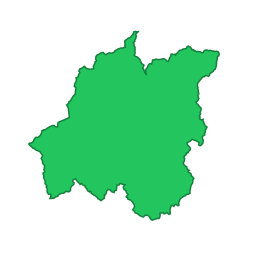 the district of Castrovirreyna, Huancavelica, Peru, rotated 172°
{"feature_id": "86281439B87306376910485", "entity_name": "Castrovirreyna", "entity_type": "district", "adm_level": 2, "iso_a3": "PER", "parent_name": "Peru", "parent_adm1": "Huancavelica", "projection": "orthographic", "projection_center": [-75.406, -13.15], "detail": "fine", "context": "isolated", "style": "filled", "palette": "green", "viewbox_px": 256, "rotation_deg": 172, "n_neighbors": 0, "source": "geoboundaries", "source_scale": "gbopen_adm2", "svg_char_len": 5772}
<svg xmlns="http://www.w3.org/2000/svg" viewBox="0 0 256 256"><g transform="rotate(172 128 128)"><path d="M228.5,125.9L227.0,123.7L226.5,123.5L225.3,121.5L224.2,121.0L222.0,118.9L218.6,116.9L216.4,112.7L216.9,111.4L217.5,111.1L218.2,109.9L217.2,107.3L217.6,105.6L217.1,104.2L216.1,103.0L215.9,102.3L216.0,101.5L216.4,100.7L216.2,99.8L217.1,98.8L216.5,96.2L218.4,95.2L218.6,94.3L217.9,92.4L218.5,90.6L217.3,87.2L217.7,86.0L217.8,84.3L216.4,82.0L217.2,80.8L216.7,79.8L216.5,78.6L216.9,77.1L216.8,75.1L215.8,73.4L213.8,73.0L213.6,72.6L214.0,70.9L215.1,69.0L213.8,68.9L212.5,69.1L211.8,68.7L211.3,68.7L209.2,69.9L207.1,70.1L206.4,71.2L205.2,71.9L203.3,72.5L200.6,72.4L198.2,73.9L196.8,73.6L196.3,73.1L194.6,73.2L193.5,74.4L193.4,76.0L192.9,77.1L191.6,78.5L190.1,79.3L189.2,80.2L189.1,81.4L190.2,82.5L190.0,83.7L189.7,84.1L187.2,85.1L186.0,82.8L183.5,79.4L183.3,78.7L181.6,79.6L180.7,77.9L179.3,77.0L178.7,76.9L178.5,75.2L177.2,73.4L176.8,71.7L176.3,71.0L174.9,70.0L174.3,70.7L173.9,70.7L173.4,69.7L173.6,68.7L173.4,68.4L170.8,66.0L169.8,65.5L168.9,64.3L168.3,63.9L167.6,62.0L166.4,61.5L165.6,60.4L164.6,59.8L163.2,60.9L161.4,61.5L161.1,63.0L160.5,64.2L160.7,65.1L159.7,65.1L158.7,66.4L157.9,68.6L157.0,69.4L155.6,69.7L154.2,69.0L153.7,68.6L153.3,67.3L150.8,66.0L150.1,67.8L148.5,67.8L148.1,68.1L147.0,72.9L144.9,72.8L143.9,73.7L143.8,74.1L143.3,74.2L142.2,73.5L138.9,72.2L140.6,70.4L141.0,69.6L140.9,69.1L140.4,67.5L139.0,66.7L138.4,64.0L137.2,62.1L139.4,60.1L139.4,59.9L138.1,59.0L138.2,58.1L137.9,57.5L135.1,56.0L133.1,52.6L132.4,50.6L132.6,48.7L134.8,46.3L133.6,45.3L132.6,42.9L130.1,41.6L129.6,40.7L128.1,39.3L125.8,37.9L125.0,37.8L123.4,39.1L121.3,39.1L119.5,37.7L117.9,34.1L116.8,33.4L112.6,34.1L111.1,34.5L110.3,34.1L109.6,34.3L109.0,35.1L108.3,37.0L108.3,39.1L105.2,39.2L104.5,38.8L104.2,37.9L101.4,38.7L100.9,38.5L99.8,37.0L98.4,36.9L97.9,38.3L97.8,41.4L95.8,45.3L95.0,45.3L93.5,44.0L92.5,45.3L91.7,45.7L90.7,45.4L89.5,44.1L88.5,44.3L88.2,44.6L88.3,45.2L88.1,47.3L87.3,48.2L87.0,49.3L86.0,50.7L82.0,52.8L80.5,53.0L79.9,53.7L78.8,54.2L77.6,54.0L75.6,54.8L75.8,55.4L75.5,56.7L73.5,62.5L71.8,64.4L71.3,65.8L71.2,67.3L70.1,68.4L69.8,69.0L70.4,69.6L70.7,70.5L72.0,72.0L71.9,73.8L72.8,74.8L74.2,75.5L74.4,76.2L74.3,76.6L73.2,77.5L74.2,77.9L74.8,78.8L75.4,80.2L75.2,81.4L76.6,82.3L77.7,84.0L78.1,85.2L77.9,86.1L77.1,87.0L76.2,89.5L76.7,91.0L76.3,91.9L75.9,92.5L74.1,93.5L73.6,95.1L71.8,95.2L71.6,96.1L69.2,97.9L69.1,99.0L69.5,100.3L71.7,103.5L71.8,104.6L69.7,106.0L68.9,105.9L65.9,107.9L64.1,106.6L62.9,106.3L59.8,103.9L59.7,103.3L60.3,101.6L60.1,101.0L58.8,100.4L57.6,101.1L56.0,102.5L55.3,104.9L55.3,105.7L55.7,107.0L55.5,109.0L55.0,109.5L52.9,110.5L53.0,112.2L51.9,113.4L51.7,115.0L49.7,117.8L49.8,118.4L50.8,118.8L51.3,119.4L52.3,123.5L52.7,124.3L52.7,125.2L52.4,126.1L54.4,125.9L55.8,127.1L55.1,129.0L55.6,130.0L54.2,131.9L54.2,132.5L54.6,133.2L53.4,135.2L52.8,137.4L54.7,140.0L55.4,141.6L56.3,142.3L57.0,144.1L56.9,144.4L56.1,144.6L55.1,145.3L53.7,147.3L54.2,149.0L54.2,150.9L53.0,152.2L53.3,153.6L53.2,156.3L53.5,157.3L53.1,158.6L53.4,160.5L52.8,162.7L46.8,168.3L45.1,168.2L44.8,168.8L43.6,169.1L42.0,168.6L41.1,167.9L39.9,168.9L39.6,170.1L39.1,170.5L35.6,172.3L35.0,173.4L33.5,174.0L32.4,176.2L31.6,178.4L31.1,181.3L30.0,183.9L29.7,185.8L29.3,186.3L28.0,186.9L27.5,188.1L27.6,190.1L28.2,191.1L29.3,191.6L32.2,191.9L32.6,192.4L34.0,192.5L35.1,193.2L36.2,193.5L37.5,193.3L38.2,193.9L39.1,194.3L40.1,194.2L40.7,194.4L41.6,194.1L42.3,193.4L42.9,192.4L43.4,192.0L44.5,192.2L45.8,193.4L48.5,194.2L49.8,194.0L50.4,194.9L51.4,195.0L52.1,196.3L52.5,196.5L53.6,196.3L54.1,197.9L55.4,199.8L57.0,200.8L58.6,199.8L58.9,199.1L59.9,198.4L62.0,198.6L62.8,198.4L63.6,197.7L65.6,197.8L66.3,197.6L68.0,196.1L68.4,195.3L69.8,195.0L70.7,193.6L71.4,194.5L73.2,194.5L74.3,195.2L75.2,195.0L75.6,193.0L76.9,191.9L78.1,189.5L79.1,188.3L80.3,188.9L80.9,190.0L82.5,191.5L83.9,191.7L85.6,191.4L89.2,191.5L89.6,192.0L90.9,192.4L92.3,191.8L94.0,192.0L94.3,191.8L94.4,190.9L95.7,188.1L97.3,188.7L97.8,188.6L99.3,187.3L100.5,185.0L102.0,183.7L102.6,182.2L102.5,178.9L103.2,179.6L103.7,181.1L104.2,182.7L104.2,184.0L105.2,185.1L103.4,188.0L105.6,190.1L106.1,192.0L106.6,192.9L106.6,194.2L107.1,194.9L109.1,197.2L110.3,197.6L111.7,199.0L111.6,199.6L110.9,200.3L110.5,201.4L110.5,203.6L110.1,204.1L110.2,204.9L109.8,206.7L110.7,209.5L110.3,210.4L110.7,211.0L110.6,211.9L109.1,212.9L109.1,214.1L107.9,215.4L107.7,216.3L107.1,217.2L107.0,218.1L107.3,219.5L106.3,221.0L105.6,221.0L104.6,222.0L105.9,222.0L107.1,222.6L108.9,222.4L109.8,220.4L113.5,217.0L115.2,217.0L116.5,216.0L118.1,215.4L119.0,214.8L119.3,213.4L119.2,211.5L119.7,210.3L119.3,208.3L120.3,208.4L121.7,207.9L124.0,208.2L125.8,207.7L126.8,207.7L128.1,207.0L129.9,206.5L131.4,204.9L133.0,204.5L134.1,204.4L136.3,205.1L139.1,204.0L140.3,203.9L142.1,206.3L145.0,206.0L146.7,204.9L148.1,204.8L149.7,203.4L150.4,200.8L149.9,199.1L150.2,198.6L151.5,198.0L152.2,195.9L153.8,193.9L153.6,192.0L153.9,191.3L155.6,191.5L157.3,191.4L159.7,192.2L161.6,193.5L162.3,195.0L162.8,195.2L163.3,195.0L164.0,194.3L166.1,193.4L166.8,193.5L167.5,193.2L168.7,191.2L168.6,190.7L168.0,190.0L168.1,189.5L169.7,187.4L170.2,185.8L171.4,185.1L172.4,185.0L172.5,184.2L172.2,183.4L172.8,181.6L174.2,179.8L175.3,177.1L175.3,176.6L174.0,175.3L173.9,174.6L175.1,171.2L175.6,168.8L177.9,167.1L180.3,164.2L180.9,163.1L183.0,162.1L183.0,160.9L185.6,159.3L184.8,157.8L184.3,155.6L184.6,146.7L186.6,145.9L196.4,143.3L197.1,141.3L197.1,139.7L197.8,138.9L198.6,138.9L199.8,139.4L200.8,140.8L202.5,141.0L206.8,139.6L210.9,137.5L211.8,138.0L212.4,137.5L213.2,137.5L213.7,137.2L214.2,135.3L215.7,133.0L216.4,132.5L218.5,131.2L220.4,131.6L221.2,131.1L222.8,129.5L223.3,128.3L224.7,127.0L226.5,126.5L227.8,126.6L228.5,125.9Z" fill="#22c55e" stroke="#15803d" stroke-width="1.5"/></g></svg>